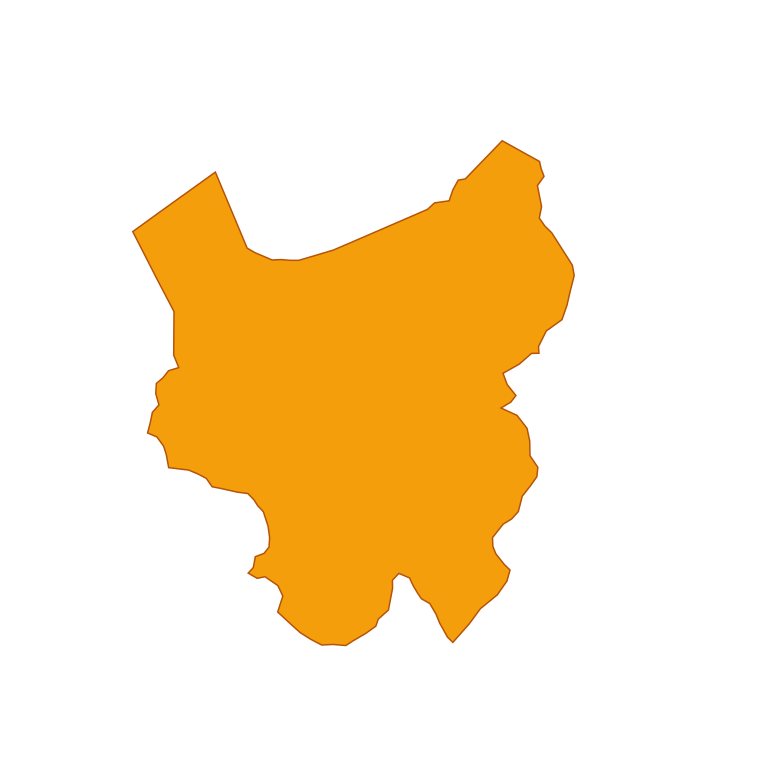 outline of Uiraúna, Paraíba, Brazil, rotated 65°
{"feature_id": "56859067B88987691440137", "entity_name": "Uiraúna", "entity_type": "district", "adm_level": 2, "iso_a3": "BRA", "parent_name": "Brazil", "parent_adm1": "Paraíba", "projection": "mercator", "projection_center": [-38.374, -6.502], "detail": "fine", "context": "isolated", "style": "filled", "palette": "amber", "viewbox_px": 768, "rotation_deg": 65, "n_neighbors": 0, "source": "geoboundaries", "source_scale": "gbopen_adm2", "svg_char_len": 1694}
<svg xmlns="http://www.w3.org/2000/svg" viewBox="0 0 768 768"><g transform="rotate(65 384 384)"><path d="M248.1,149.0L213.5,174.1L230.0,217.2L232.5,223.6L230.6,230.6L237.2,239.6L245.5,247.5L241.2,261.7L244.1,270.7L242.5,329.6L241.2,373.5L235.9,409.0L232.2,416.9L227.7,424.8L224.3,433.0L210.5,445.4L203.0,450.6L120.7,447.3L133.4,514.7L139.7,547.3L193.0,545.4L229.6,543.7L269.0,562.4L282.4,563.1L280.9,573.6L285.0,581.8L287.3,590.1L296.2,594.9L307.8,596.8L311.8,605.9L319.9,611.9L328.5,619.0L336.0,612.2L347.2,610.0L355.8,611.1L368.8,614.5L375.8,603.3L379.3,597.6L387.1,590.5L394.5,584.9L404.5,583.2L409.0,577.0L414.5,569.8L420.2,562.4L425.7,553.7L434.0,550.8L440.9,549.9L448.8,547.3L464.0,549.2L474.9,552.6L483.2,557.1L486.8,564.3L486.1,573.6L495.1,580.0L498.0,587.0L506.5,581.1L508.4,573.3L521.8,565.4L533.4,565.3L545.7,576.7L561.7,570.2L574.0,565.0L584.4,558.3L594.2,550.8L598.5,540.3L604.9,529.1L603.7,520.7L602.3,505.7L600.0,493.7L594.7,488.6L590.7,475.5L572.8,462.6L565.4,459.3L561.9,450.6L570.5,442.8L579.1,442.8L587.3,442.0L594.4,440.9L602.3,435.3L614.6,434.1L624.2,434.6L640.3,433.4L647.3,430.8L637.5,408.3L628.3,391.4L623.0,370.5L614.6,355.9L605.9,348.4L598.2,351.3L585.2,354.4L577.3,354.0L569.1,350.6L561.4,335.3L560.2,325.2L556.4,316.2L544.1,306.1L538.2,294.4L532.6,284.6L524.5,279.8L510.7,282.0L497.2,276.0L484.6,273.1L468.7,276.7L455.2,288.1L454.0,276.7L450.2,269.3L436.6,272.6L424.6,271.6L423.1,252.8L418.6,237.4L421.6,230.6L415.3,228.1L404.5,214.5L400.9,195.5L390.0,184.9L378.6,176.0L366.1,165.8L356.1,163.1L348.7,164.0L317.8,168.1L308.8,171.5L299.2,173.1L289.8,166.2L269.0,161.1L263.4,151.2L255.2,150.6L248.1,149.0Z" fill="#f59e0b" stroke="#b45309" stroke-width="1.5"/></g></svg>